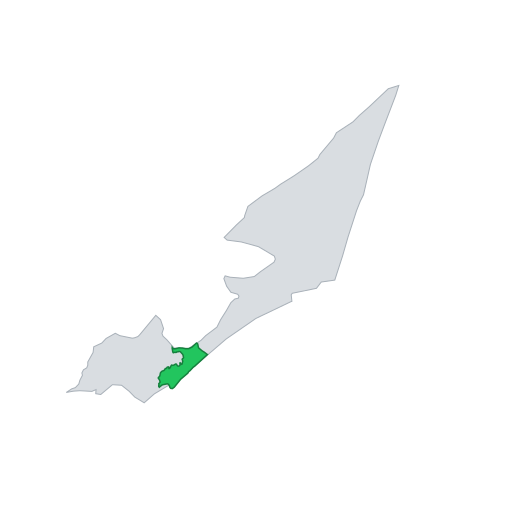 Israel, with Haifa highlighted, rotated 216°
{"feature_id": "ISR-3054", "entity_name": "Haifa", "entity_type": "District", "adm_level": 1, "iso_a3": "ISR", "parent_name": "Israel", "parent_adm1": "", "projection": "robinson", "projection_center": [35.08, 32.637], "detail": "fine", "context": "in_parent", "style": "filled", "palette": "green", "viewbox_px": 512, "rotation_deg": 216, "n_neighbors": 0, "source": "natural_earth", "source_scale": "10m", "svg_char_len": 3731}
<svg xmlns="http://www.w3.org/2000/svg" viewBox="0 0 512 512"><g transform="rotate(216 256 256)"><path d="M329.3,34.1L327.0,40.2L324.8,43.3L324.1,48.2L325.5,52.1L326.3,57.5L328.1,59.0L328.7,62.5L327.2,66.0L327.9,68.8L329.8,71.4L331.1,82.2L333.9,87.2L329.6,94.9L328.8,101.2L324.4,110.8L319.4,111.5L307.8,116.8L306.2,118.4L304.2,121.4L303.8,123.8L302.2,149.1L295.8,148.4L288.1,142.9L286.6,138.1L284.2,136.5L278.7,135.8L268.2,133.4L256.1,141.8L250.9,155.5L249.9,162.0L245.8,175.5L247.2,183.8L247.9,194.6L248.9,203.4L247.9,208.7L245.5,211.5L246.2,213.5L248.3,214.3L255.0,211.9L262.0,214.3L268.7,218.8L269.3,221.8L264.5,223.6L253.2,230.5L245.3,238.4L243.2,245.9L237.8,261.6L238.5,264.8L241.1,266.7L259.5,265.0L276.2,258.7L288.7,251.9L292.7,252.3L290.1,269.6L288.0,280.3L288.9,282.1L291.7,291.4L286.4,308.3L280.4,322.1L278.3,328.6L272.4,343.1L266.5,359.9L263.3,371.6L264.0,375.7L262.5,397.0L263.4,403.0L256.4,421.5L255.0,430.6L252.2,443.0L247.3,469.1L240.7,477.9L237.4,468.1L229.9,440.2L224.6,421.0L217.3,397.4L205.0,368.7L203.9,361.8L201.3,351.8L192.8,325.7L186.0,306.9L178.1,282.8L187.9,273.3L188.1,265.4L204.8,247.1L204.7,245.3L200.3,240.4L200.9,239.6L219.4,205.4L231.3,171.5L242.5,124.5L250.5,100.5L257.2,84.7L260.2,71.5L271.1,70.6L279.1,72.0L288.8,72.4L296.5,67.5L300.2,52.7L304.7,50.4L306.9,53.9L309.2,50.0L319.3,43.5L324.3,39.3L329.3,34.1Z" fill="#d9dde1" stroke="#a8b0b8" stroke-width="1"/><path d="M269.9,132.6L269.7,132.5L268.0,132.6L266.7,133.6L264.3,136.4L261.4,138.3L258.5,139.6L256.0,141.5L254.2,144.7L253.0,150.6L252.0,150.7L251.3,150.5L251.2,150.4L251.1,150.2L250.8,149.9L250.5,149.7L249.0,148.3L248.6,148.1L248.3,147.9L243.6,147.6L242.6,147.7L242.4,147.7L241.4,147.8L237.5,147.7L237.4,147.7L237.9,145.2L240.9,130.5L241.4,129.4L242.0,124.4L242.5,122.9L242.3,121.2L244.5,112.0L245.0,101.9L245.7,99.6L247.2,98.8L248.4,99.1L250.3,100.4L251.7,100.7L252.6,100.5L255.9,96.9L256.3,96.0L257.1,93.0L257.3,93.1L258.0,93.3L258.2,93.5L258.4,93.8L258.8,94.6L259.0,94.9L259.1,95.1L259.5,95.4L259.6,95.6L259.6,95.9L259.4,97.3L259.4,97.5L259.6,97.8L260.4,98.3L260.6,98.5L260.8,98.7L261.1,98.9L261.2,99.0L261.6,99.2L263.0,99.6L263.3,99.8L263.5,100.1L263.5,100.5L263.3,101.9L263.3,102.1L263.4,102.5L263.6,103.1L264.6,105.2L264.6,105.5L264.6,106.0L264.5,106.9L264.4,107.3L264.3,107.6L263.3,109.1L263.2,109.2L263.1,109.6L263.1,109.8L263.2,111.4L263.2,111.7L263.0,111.9L262.6,112.2L262.5,112.4L262.4,112.7L262.5,113.3L262.5,113.6L262.5,113.8L262.3,114.1L262.1,114.4L261.8,114.7L261.7,114.8L261.4,114.9L261.2,114.8L261.1,114.7L260.7,114.0L260.6,113.9L260.4,113.8L260.2,113.8L260.0,114.1L259.9,114.4L259.8,115.1L259.8,115.3L260.2,117.3L260.2,117.8L260.2,118.1L258.8,118.8L258.7,118.9L258.6,119.1L258.4,119.4L257.7,121.0L257.4,121.5L257.2,121.6L256.9,121.7L256.7,121.7L255.4,121.1L255.0,121.0L254.8,121.0L254.6,121.0L254.4,121.1L254.2,121.2L254.0,121.3L253.8,121.5L253.7,121.7L253.5,122.0L253.4,122.2L253.3,122.6L253.3,122.8L253.5,123.2L253.8,123.7L254.5,124.5L254.7,124.8L254.6,125.0L254.2,124.9L253.7,124.7L253.4,124.6L253.2,124.6L252.8,124.6L252.6,124.7L252.4,124.7L252.3,124.9L252.3,125.1L252.4,125.5L252.8,126.2L253.0,126.6L253.1,126.9L253.1,127.1L253.1,127.4L253.2,127.5L253.6,128.0L254.9,128.9L255.0,129.1L255.1,129.3L255.0,129.8L254.8,130.6L254.8,130.8L254.8,131.0L255.0,131.4L255.6,131.8L255.8,132.0L256.1,132.4L256.4,132.7L257.0,133.0L257.3,133.2L257.7,133.4L260.5,134.0L260.9,134.1L261.2,134.0L261.5,133.9L262.2,133.4L262.5,133.1L262.6,132.9L262.7,132.7L262.8,132.6L263.0,132.4L263.5,132.1L263.7,131.9L263.8,131.7L263.8,131.3L263.9,131.1L264.0,131.0L264.2,130.8L265.0,130.4L265.3,130.2L265.7,129.5L265.9,129.2L266.1,129.1L266.6,129.3L267.0,129.5L269.6,132.1L269.9,132.6Z" fill="#22c55e" stroke="#15803d" stroke-width="1.5"/></g></svg>